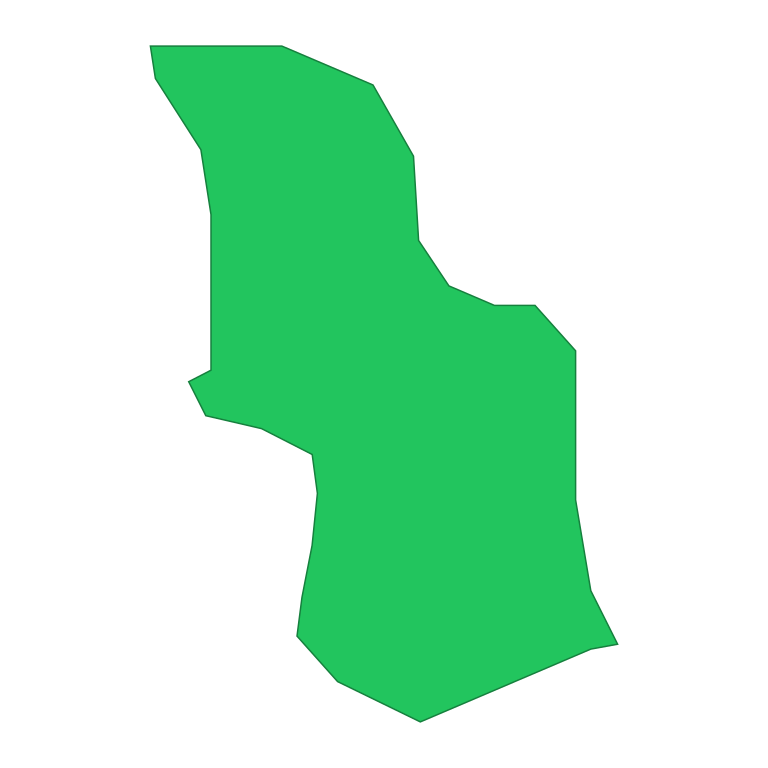 Torfaen, Natural Earth projection
{"feature_id": "GBR-2134", "entity_name": "Torfaen", "entity_type": "Unitary Authority (wales)", "adm_level": 1, "iso_a3": "GBR", "parent_name": "United Kingdom", "parent_adm1": "", "projection": "natural_earth1", "projection_center": [-3.053, 51.7], "detail": "fine", "context": "isolated", "style": "filled", "palette": "green", "viewbox_px": 768, "rotation_deg": 0, "n_neighbors": 0, "source": "natural_earth", "source_scale": "10m", "svg_char_len": 499}
<svg xmlns="http://www.w3.org/2000/svg" viewBox="0 0 768 768"><path d="M420.3,721.9L337.6,681.6L297.0,636.1L302.0,597.2L312.1,545.4L317.4,493.4L312.2,454.5L261.5,428.6L205.8,415.7L188.7,381.7L211.0,370.2L211.0,292.4L211.0,214.6L200.9,149.7L155.4,78.5L150.4,46.1L216.0,46.1L281.9,46.1L373.0,85.0L413.5,156.2L418.6,240.5L448.9,285.9L494.4,305.4L535.0,305.4L575.6,350.8L575.6,402.6L575.6,499.9L590.8,590.7L617.6,644.2L590.8,649.1L420.3,721.9Z" fill="#22c55e" stroke="#15803d" stroke-width="1.5"/></svg>